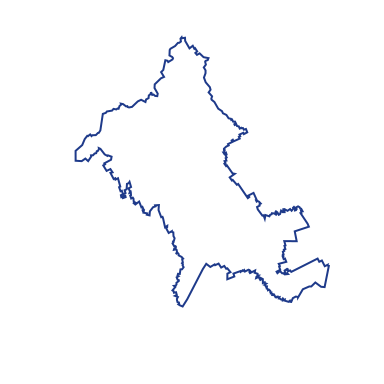 the district of Soteapan, Veracruz, Mexico, rotated 334°
{"feature_id": "50627088B11342287528543", "entity_name": "Soteapan", "entity_type": "district", "adm_level": 2, "iso_a3": "MEX", "parent_name": "Mexico", "parent_adm1": "Veracruz", "projection": "mercator", "projection_center": [-94.904, 18.229], "detail": "fine", "context": "isolated", "style": "outline", "palette": "blue", "viewbox_px": 384, "rotation_deg": 334, "n_neighbors": 0, "source": "geoboundaries", "source_scale": "gbopen_adm2", "svg_char_len": 6082}
<svg xmlns="http://www.w3.org/2000/svg" viewBox="0 0 384 384"><g transform="rotate(334 192 192)"><path d="M233.0,334.3L236.1,331.6L239.5,331.5L241.2,332.8L241.0,333.3L249.0,328.0L255.9,328.3L257.8,329.2L263.2,327.4L266.5,333.8L269.5,335.6L282.6,318.4L281.4,317.3L281.8,316.9L278.8,316.9L278.7,310.5L275.8,310.5L275.7,306.9L246.2,307.3L245.8,305.5L243.9,305.4L244.3,305.0L243.4,304.3L244.2,303.4L243.8,302.8L240.8,303.2L240.5,304.8L239.9,305.1L240.4,306.5L241.9,306.6L242.3,307.8L239.2,306.7L238.4,305.0L237.4,304.6L236.4,301.6L233.2,302.4L233.1,300.7L237.2,300.6L237.6,297.3L238.5,297.1L238.5,294.6L246.1,296.1L246.4,292.6L245.0,292.5L245.3,289.6L245.9,289.8L246.2,288.2L246.9,288.3L247.5,285.5L249.1,285.4L249.3,284.1L250.9,284.2L251.5,280.9L252.6,281.0L253.4,276.6L264.5,282.1L267.1,272.4L281.8,274.4L282.0,271.2L280.3,258.6L281.2,258.8L281.7,256.9L282.9,257.6L282.8,254.9L282.1,254.6L282.0,252.8L281.0,251.4L279.0,251.5L278.5,253.3L277.5,253.9L276.5,253.7L277.6,251.8L277.1,250.1L275.9,250.5L275.9,251.4L273.3,252.5L272.7,250.3L269.6,250.8L267.6,247.9L266.5,247.5L265.7,249.0L266.8,249.7L266.4,250.7L264.6,249.8L263.9,247.8L261.5,250.4L260.0,250.5L259.8,247.7L259.0,246.2L258.3,246.6L258.2,248.8L257.6,249.2L256.5,247.3L254.5,246.1L253.8,246.9L252.2,246.8L250.9,247.8L247.9,244.9L245.7,247.9L246.1,244.3L244.9,244.1L243.5,236.5L243.9,234.0L246.8,233.9L247.4,232.5L248.7,232.5L248.0,230.2L246.9,228.7L245.9,228.9L245.9,227.2L246.7,227.1L246.9,219.8L241.0,219.9L241.3,221.6L239.5,222.0L237.0,205.0L235.5,205.2L233.9,199.0L232.9,199.2L232.3,195.4L238.4,194.4L236.6,193.0L235.0,183.2L234.0,183.6L233.5,180.7L234.6,180.4L234.8,181.5L234.8,178.5L236.7,178.9L237.1,176.3L238.3,176.2L238.2,173.5L239.5,173.5L239.8,171.5L237.7,171.7L237.5,170.1L238.2,170.3L239.7,168.8L239.1,168.3L239.7,167.1L242.6,166.2L242.4,165.7L243.0,166.2L245.4,166.2L245.4,164.7L250.2,164.7L250.2,163.1L251.6,162.9L251.6,164.7L258.3,164.9L258.3,163.0L259.8,163.0L259.8,161.2L264.1,161.3L264.0,162.7L267.8,162.6L268.1,159.0L265.9,158.7L265.8,156.8L264.2,156.3L264.2,155.8L262.7,155.9L262.8,153.5L261.4,152.5L261.5,150.4L259.8,150.5L259.8,149.6L261.5,149.4L261.5,147.6L259.8,146.8L259.8,144.4L258.9,144.4L259.1,143.3L257.2,141.8L256.7,137.8L254.3,134.8L254.4,132.5L252.1,128.6L251.6,120.9L250.1,117.7L250.2,116.7L252.0,114.8L250.6,109.8L253.5,108.2L254.0,105.6L252.4,99.4L252.9,94.4L256.2,91.2L257.5,88.6L257.2,85.2L260.3,83.6L260.9,80.7L261.7,80.1L264.0,80.3L265.5,78.9L261.5,75.9L259.6,70.7L256.6,70.9L256.0,68.5L258.3,67.9L257.8,64.1L256.9,64.3L256.8,60.9L252.7,61.8L252.1,53.2L253.3,50.3L250.3,49.4L250.5,48.4L248.9,49.1L248.0,51.9L246.0,52.3L244.7,51.8L240.8,53.4L235.4,53.8L234.2,54.6L231.6,59.4L233.4,62.0L233.6,63.4L232.6,64.3L227.6,64.8L227.5,63.3L225.8,61.9L219.7,69.7L216.8,70.7L217.3,76.3L213.9,76.2L205.7,78.9L203.9,82.1L204.3,88.6L202.8,90.6L201.0,89.5L200.1,87.5L198.8,87.3L199.0,85.1L198.4,84.9L197.4,85.9L195.5,86.3L194.1,88.6L191.3,88.7L189.6,90.7L186.7,86.8L183.0,86.8L175.4,89.2L172.5,88.4L171.5,87.5L171.5,86.5L170.3,86.2L168.6,82.8L166.8,81.4L166.7,82.4L164.6,82.9L162.5,85.0L161.7,84.3L160.2,84.6L157.9,82.9L155.8,83.8L150.8,82.3L149.2,83.1L146.1,82.7L136.6,96.5L134.1,98.0L133.3,97.7L130.5,98.7L127.3,97.3L126.2,97.7L125.7,95.6L123.0,96.2L122.5,95.6L118.8,97.4L113.9,101.7L105.4,104.0L101.1,112.9L106.4,115.9L110.8,115.2L112.2,118.7L117.0,115.9L117.3,114.8L119.2,115.6L121.3,114.7L122.9,115.1L124.3,113.6L125.2,113.9L127.2,112.7L127.5,111.7L128.6,113.1L130.0,119.9L131.8,122.5L132.5,122.2L135.2,125.0L133.4,127.5L125.8,127.8L126.0,129.0L123.9,129.2L124.5,135.6L128.7,135.6L129.2,139.5L127.1,139.1L127.3,146.0L129.0,146.0L128.7,147.3L131.5,147.2L129.9,155.7L128.6,155.7L128.1,160.0L129.5,160.1L129.0,163.8L126.7,163.7L126.2,165.7L127.6,165.8L127.3,167.2L130.1,167.5L130.4,166.1L128.7,165.9L129.6,163.8L131.8,163.8L132.2,160.9L134.4,160.9L137.1,156.2L139.0,156.3L140.3,155.5L139.4,160.8L136.6,160.9L136.5,163.8L136.9,164.1L135.5,165.4L136.8,165.6L135.8,168.1L134.9,168.1L134.5,171.2L136.3,171.1L136.5,172.2L135.4,175.2L136.2,176.3L134.8,176.6L135.6,178.4L140.3,177.4L139.8,183.7L140.9,183.6L140.8,186.4L139.6,186.6L139.5,187.6L140.5,187.7L139.3,189.3L142.4,191.6L141.4,192.6L143.6,194.4L145.7,190.9L150.3,188.6L152.9,188.9L153.0,187.8L156.5,189.2L154.0,193.6L153.3,201.2L154.6,201.4L154.5,202.8L152.3,211.9L154.9,211.6L154.2,212.8L152.9,213.0L153.1,218.6L156.5,218.4L156.2,218.8L157.5,220.1L156.0,223.6L156.1,225.9L154.2,228.1L153.3,228.1L153.2,229.2L152.0,229.6L152.2,232.8L153.4,233.4L153.5,234.3L152.9,235.0L151.3,235.0L150.4,236.0L152.4,236.5L152.8,237.2L152.3,239.2L150.4,240.8L152.4,240.3L152.8,242.0L152.2,243.1L154.2,245.8L154.8,248.0L153.7,248.1L152.9,251.2L151.8,251.6L152.2,252.9L151.4,253.7L151.5,255.9L149.2,257.1L147.7,256.5L145.1,260.3L143.6,259.4L142.3,260.8L143.0,261.8L140.8,262.0L140.6,264.5L141.5,265.5L141.1,266.2L138.2,266.8L137.5,268.3L136.3,269.0L134.7,268.5L135.3,270.1L131.3,271.9L132.0,273.2L131.6,274.6L133.7,275.1L133.2,277.9L131.2,277.9L133.3,280.2L131.6,281.4L131.1,282.6L130.7,284.6L131.8,285.6L131.5,286.7L130.5,287.0L131.5,288.6L133.4,290.8L140.7,286.3L168.0,266.0L173.3,262.8L175.6,267.4L180.6,267.0L180.7,267.9L184.5,268.0L185.1,272.7L188.6,272.6L189.1,276.0L190.3,276.1L191.4,280.9L188.0,280.9L185.5,285.9L193.0,286.5L193.5,283.5L200.8,284.3L200.7,285.1L203.1,284.6L203.3,285.4L204.7,285.0L204.7,286.7L208.7,286.6L209.4,287.3L209.8,288.7L208.5,289.0L208.6,290.3L214.3,290.2L212.9,292.1L215.1,294.2L214.3,295.6L215.1,296.1L212.8,296.4L211.9,297.5L214.6,297.6L214.8,301.0L216.2,300.9L216.3,299.7L217.5,301.3L215.8,304.9L217.8,305.0L217.6,306.1L218.5,306.9L216.5,307.3L217.0,307.8L216.8,310.2L217.2,309.3L218.0,309.7L216.8,311.5L217.5,312.4L217.2,313.6L218.4,313.6L219.0,315.1L218.5,316.3L219.3,317.0L218.4,317.8L219.7,319.0L219.0,319.8L220.2,320.5L220.1,320.0L220.8,320.1L220.9,323.0L221.5,323.0L221.6,323.7L223.3,323.6L223.4,324.5L224.5,324.8L223.4,325.8L224.4,326.5L224.9,327.7L225.6,328.3L227.0,327.5L227.4,328.9L226.9,329.3L228.2,329.4L227.6,330.2L230.6,333.0L232.3,332.6L232.1,333.7L233.0,334.3Z" fill="none" stroke="#1e3a8a" stroke-width="2"/></g></svg>